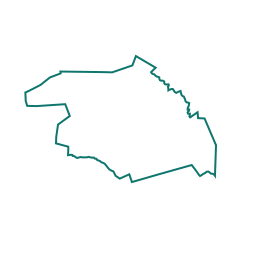 outline of Elesbão Veloso, Piauí, Brazil, rotated 322°
{"feature_id": "56859067B9970821257973", "entity_name": "Elesbão Veloso", "entity_type": "district", "adm_level": 2, "iso_a3": "BRA", "parent_name": "Brazil", "parent_adm1": "Piauí", "projection": "mercator", "projection_center": [-42.169, -6.199], "detail": "fine", "context": "isolated", "style": "outline", "palette": "teal", "viewbox_px": 256, "rotation_deg": 322, "n_neighbors": 0, "source": "geoboundaries", "source_scale": "gbopen_adm2", "svg_char_len": 1861}
<svg xmlns="http://www.w3.org/2000/svg" viewBox="0 0 256 256"><g transform="rotate(322 128 128)"><path d="M178.5,76.2L170.0,81.4L149.8,74.4L141.4,67.5L109.5,41.9L108.5,43.5L97.6,40.1L85.6,40.2L78.2,38.8L74.2,38.0L72.8,37.8L69.0,36.8L64.0,43.8L62.2,48.5L69.5,54.5L83.2,63.8L93.2,70.6L89.5,82.7L75.0,82.2L66.0,90.8L61.8,95.8L65.9,101.3L69.4,105.9L68.3,107.5L64.0,112.5L66.6,114.0L67.5,114.9L67.2,115.9L68.1,116.7L68.7,118.4L69.2,119.9L69.9,120.6L71.5,121.1L72.8,121.7L73.6,122.7L74.5,123.5L77.7,125.9L78.9,126.3L79.6,127.1L80.3,127.9L81.3,129.2L82.9,130.3L83.0,131.7L84.2,132.8L84.0,134.2L85.1,136.0L85.7,137.1L85.8,138.4L87.2,140.6L87.6,142.0L87.7,143.3L87.7,145.9L87.7,147.4L87.8,149.1L88.8,151.7L89.7,153.0L89.6,154.4L89.1,156.4L88.8,158.1L89.4,159.8L90.3,162.8L100.5,165.3L97.8,173.0L122.7,183.0L155.4,196.4L155.4,199.1L155.3,203.9L155.1,208.3L155.2,210.2L157.7,210.5L158.8,210.4L160.2,210.8L161.5,211.0L162.8,210.8L164.5,211.8L164.9,213.2L165.3,215.0L166.7,216.4L167.2,217.5L167.1,219.2L185.3,197.5L186.8,195.7L187.2,194.1L194.2,167.6L189.3,163.4L192.5,158.4L183.6,157.9L183.5,156.7L184.7,155.8L185.6,154.8L184.1,153.6L184.5,152.5L185.5,152.0L186.6,152.0L187.6,151.1L186.4,150.1L187.6,148.8L188.9,148.4L189.8,147.6L190.7,146.9L191.6,146.0L191.0,144.9L190.1,144.1L189.8,142.5L190.2,141.5L190.8,140.1L190.9,139.0L191.4,137.7L190.7,136.4L190.5,135.2L190.9,133.9L191.5,132.5L192.2,131.2L190.6,130.6L188.8,130.2L187.6,130.0L187.2,128.9L187.0,127.9L187.2,126.7L187.3,124.9L186.5,124.2L185.5,123.8L184.2,123.4L183.0,123.2L183.8,122.1L184.5,121.0L184.9,120.0L186.4,119.6L186.8,118.5L185.9,117.9L184.9,117.2L184.1,116.2L184.2,114.9L185.2,113.6L184.5,112.0L183.2,111.1L182.6,110.0L183.0,108.5L183.8,107.3L183.2,106.3L182.2,105.0L181.8,103.5L181.8,102.0L180.9,100.8L180.4,99.4L180.6,98.2L186.9,97.5L178.5,76.2Z" fill="none" stroke="#0f766e" stroke-width="2"/></g></svg>